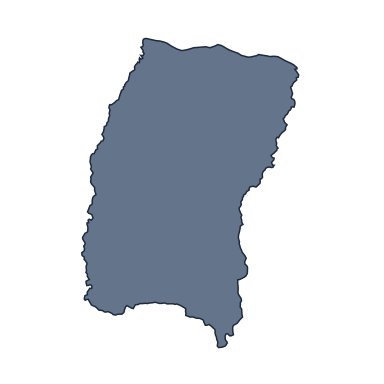 Estreito, Maranhão, Brazil (Albers equal-area conic projection), rotated 84°
{"feature_id": "56859067B74339970146751", "entity_name": "Estreito", "entity_type": "district", "adm_level": 2, "iso_a3": "BRA", "parent_name": "Brazil", "parent_adm1": "Maranhão", "projection": "albers", "projection_center": [-47.169, -6.764], "detail": "fine", "context": "isolated", "style": "filled", "palette": "slate", "viewbox_px": 384, "rotation_deg": 84, "n_neighbors": 0, "source": "geoboundaries", "source_scale": "gbopen_adm2", "svg_char_len": 5258}
<svg xmlns="http://www.w3.org/2000/svg" viewBox="0 0 384 384"><g transform="rotate(84 192 192)"><path d="M62.2,111.4L63.1,113.0L63.3,114.6L63.9,120.2L63.6,122.5L61.2,128.8L58.8,131.7L56.8,136.0L54.5,140.3L51.9,144.0L50.7,145.5L49.3,147.7L48.1,150.9L49.2,153.8L50.4,159.1L49.0,163.0L48.7,175.2L49.5,179.2L50.0,182.6L50.3,186.3L50.1,187.9L48.3,191.9L44.8,197.2L41.5,201.2L40.2,203.6L38.5,208.1L37.7,212.0L34.9,220.3L34.5,221.7L34.6,223.6L35.9,224.9L38.8,225.4L40.8,225.1L42.3,225.9L42.7,227.7L44.2,226.9L46.2,225.8L47.6,226.2L49.2,225.1L51.3,226.5L50.8,228.6L53.8,226.9L54.8,228.9L53.1,230.1L54.4,230.6L56.7,230.5L57.9,231.0L57.1,232.3L58.4,233.2L59.6,234.7L61.1,235.9L62.4,236.2L63.7,236.0L64.9,236.7L65.7,238.8L67.3,241.4L69.4,241.9L72.2,243.0L74.3,243.6L75.3,244.5L76.0,245.9L77.1,246.6L78.2,247.7L79.7,247.9L80.4,249.3L82.6,249.5L83.6,251.5L85.0,252.1L87.9,253.5L90.0,254.4L92.5,255.3L93.1,257.3L94.8,259.4L96.0,261.5L96.9,263.1L96.5,264.7L98.0,265.4L99.8,265.8L101.4,265.0L103.0,265.4L105.3,266.2L106.6,265.9L108.0,266.1L109.8,267.2L113.1,267.9L114.1,269.2L117.0,270.3L117.9,272.5L119.7,272.8L122.7,273.7L125.3,275.6L128.2,274.1L129.8,274.1L131.9,275.4L132.0,277.0L133.5,278.1L136.0,281.3L139.3,281.5L139.9,283.1L143.6,285.3L143.5,286.8L144.7,288.3L146.6,289.3L148.5,289.6L151.0,290.2L153.4,290.0L155.4,289.5L156.8,289.6L158.5,290.4L161.0,289.2L162.7,288.3L166.5,291.2L168.1,291.0L170.7,291.7L172.1,291.6L174.0,290.7L177.2,288.4L178.5,288.5L179.8,288.7L184.6,287.8L185.9,290.1L187.1,291.2L189.4,292.0L191.4,292.3L192.9,292.3L194.1,293.2L194.7,294.8L197.3,296.1L200.9,298.0L202.6,296.6L203.1,295.2L204.1,294.0L207.4,293.1L209.6,295.0L208.3,297.1L209.2,298.3L211.7,298.0L211.8,299.6L213.4,299.8L215.5,299.3L217.3,299.3L220.4,299.9L221.3,301.0L221.8,302.6L223.9,304.2L225.8,305.6L227.2,305.6L229.3,304.7L231.5,303.6L233.1,304.0L234.5,305.4L236.9,304.8L239.2,305.3L240.9,308.0L243.7,307.9L245.6,305.9L247.8,306.3L249.0,305.3L250.4,304.6L252.3,303.8L254.9,305.1L259.5,305.2L261.0,305.9L262.5,304.6L265.0,304.9L268.3,303.3L269.7,306.7L271.4,306.8L274.1,306.4L274.0,304.8L273.6,303.2L274.1,301.9L275.5,301.4L277.4,301.9L277.1,303.7L280.9,306.8L283.2,306.7L283.8,309.2L285.8,310.0L287.4,310.3L288.5,309.5L287.9,308.2L287.9,306.3L290.0,305.6L292.0,304.6L293.8,303.9L295.8,300.5L296.9,299.1L299.7,297.0L300.6,293.3L302.0,291.8L302.4,290.4L302.2,287.9L304.4,284.2L305.7,283.2L306.4,280.7L305.8,278.7L305.9,276.7L306.2,274.6L305.1,272.8L304.2,272.1L302.0,271.4L299.2,270.0L298.2,268.4L299.2,267.2L301.3,264.1L301.8,262.5L300.2,261.6L298.2,260.0L298.3,257.5L297.5,255.5L297.7,254.2L297.8,252.8L297.8,249.7L298.3,248.1L297.9,245.5L298.1,243.8L297.8,240.1L299.4,236.1L299.6,233.8L299.5,230.6L300.6,228.7L301.2,222.4L302.0,220.6L301.7,219.1L303.7,215.2L305.6,212.7L307.3,210.5L310.2,210.9L312.1,210.7L314.1,211.1L316.2,206.9L316.3,204.3L317.9,201.0L318.6,197.2L320.6,194.1L322.6,193.8L325.9,192.7L326.1,191.2L325.5,188.9L326.7,187.7L327.6,186.5L328.7,185.9L330.8,183.8L332.1,183.5L334.4,183.8L337.0,183.5L338.8,182.9L341.1,182.8L344.1,182.0L346.6,182.7L348.0,182.9L349.5,181.7L349.5,178.3L348.6,175.0L347.6,174.0L345.9,172.8L344.5,172.9L343.2,174.0L342.0,174.3L338.7,174.1L336.8,173.1L336.7,171.4L338.9,169.6L339.1,167.9L338.3,165.7L335.3,166.0L332.4,165.9L330.1,165.5L328.9,164.6L328.1,162.6L327.2,160.7L323.6,157.3L321.8,154.9L320.4,154.9L318.7,155.1L314.3,154.9L313.1,155.1L311.6,156.1L309.3,155.7L307.1,155.5L305.5,154.2L304.2,154.2L302.9,154.3L301.5,155.1L298.7,156.5L296.7,156.8L294.2,156.4L292.8,156.2L289.8,156.0L287.9,156.2L286.4,155.9L284.1,155.7L284.0,153.7L283.2,151.6L282.1,148.7L280.9,146.9L278.8,145.6L277.6,145.3L273.2,144.7L271.8,144.8L270.5,145.7L269.2,146.9L266.8,146.9L265.7,146.2L263.5,145.0L261.4,145.8L256.8,148.5L254.9,148.9L253.1,149.6L248.1,150.5L246.2,150.0L244.5,150.4L242.7,150.7L240.0,150.3L235.9,148.8L233.0,147.9L231.5,147.7L230.3,146.5L229.6,144.7L227.1,145.7L225.3,145.5L223.8,145.8L222.2,146.0L220.1,144.9L218.1,145.9L214.1,146.9L212.8,146.8L211.1,145.1L209.5,144.2L207.5,144.6L205.9,143.7L205.0,142.7L202.8,142.4L202.0,141.4L200.3,140.9L199.8,139.4L198.7,138.4L197.1,137.4L196.1,135.0L194.7,135.0L192.9,133.7L192.7,131.1L193.0,129.6L193.8,127.9L192.7,126.3L191.4,124.7L190.3,123.4L188.3,123.0L186.4,123.0L186.0,121.3L184.7,120.3L182.2,120.3L180.4,119.9L178.7,118.7L177.7,117.1L176.2,116.3L175.3,114.4L175.3,112.0L176.0,110.6L175.9,109.0L174.0,107.5L173.7,109.1L170.9,109.8L168.6,107.3L166.9,106.8L166.1,108.6L164.0,109.6L162.1,106.9L161.5,105.7L160.5,104.9L159.7,103.4L158.0,103.0L157.3,101.9L156.2,102.7L154.3,103.3L152.5,102.7L150.3,103.1L148.3,103.1L146.4,101.6L147.1,100.3L144.8,98.7L143.2,97.2L142.1,95.9L141.4,94.6L139.8,92.5L137.4,92.2L135.1,90.4L133.7,91.7L132.1,92.7L128.6,93.6L127.5,92.1L125.8,91.3L124.6,89.2L123.0,88.1L121.5,87.3L120.9,85.9L119.5,84.8L117.8,84.3L118.2,81.6L116.0,80.7L114.3,80.3L112.2,80.4L110.5,81.2L109.7,83.0L108.1,83.4L106.5,82.5L104.7,81.7L102.0,82.2L97.9,83.0L97.2,81.5L95.8,80.9L93.9,79.5L92.8,78.0L91.6,76.2L89.1,76.2L88.9,74.3L86.5,73.7L83.2,75.4L80.7,77.0L80.5,74.7L79.1,74.7L77.6,76.3L76.2,77.5L74.7,79.6L71.2,85.5L66.6,92.1L66.2,93.4L65.9,94.8L65.6,96.0L65.5,98.2L65.5,100.1L65.0,101.7L64.4,103.4L64.0,105.1L62.8,109.4L62.2,111.4Z" fill="#64748b" stroke="#1e293b" stroke-width="1.5"/></g></svg>